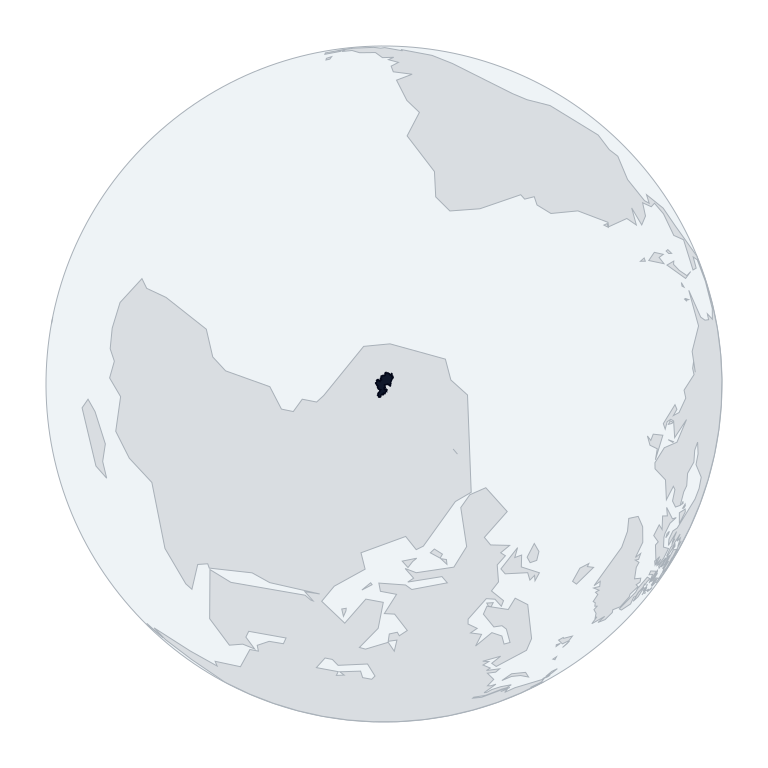 Sikasso on an orthographic globe, rotated 140°
{"feature_id": "MLI-2794", "entity_name": "Sikasso", "entity_type": "Region", "adm_level": 1, "iso_a3": "MLI", "parent_name": "Mali", "parent_adm1": "", "projection": "orthographic", "projection_center": [-6.512, 11.478], "detail": "fine", "context": "on_globe", "style": "filled", "palette": "ink", "viewbox_px": 768, "rotation_deg": 140, "n_neighbors": 0, "source": "natural_earth", "source_scale": "10m", "svg_char_len": 12512}
<svg xmlns="http://www.w3.org/2000/svg" viewBox="0 0 768 768"><g transform="rotate(140 384 384)"><circle cx="384" cy="384" r="338" fill="#eef3f6" stroke="#a8b0b8"/><path d="M288.7,59.8L287.9,60.1L257.1,72.8L263.5,70.6L256.0,75.5L260.6,75.2L253.6,78.7L263.4,75.6L268.9,72.6L275.1,70.6L278.3,70.4L269.9,74.4L267.1,75.1L266.3,76.3L260.7,78.5L265.3,77.3L254.7,82.9L269.9,77.5L265.4,82.0L257.1,85.7L251.9,85.2L219.8,95.9L209.8,101.4L200.9,108.7L196.8,121.7L188.3,128.6L181.1,137.9L188.5,133.6L196.8,125.0L208.9,120.4L217.5,111.5L223.7,108.7L235.1,100.6L239.8,102.4L238.2,108.9L229.0,116.1L228.1,119.6L242.1,113.8L230.0,129.6L230.9,144.8L227.1,149.5L210.2,155.0L197.0,151.1L175.1,162.3L195.8,156.1L185.9,169.5L187.0,172.6L191.3,173.1L197.6,168.7L195.5,174.1L174.4,181.1L175.9,176.3L182.6,173.8L176.3,172.5L161.9,179.2L158.1,186.4L140.5,191.9L137.5,197.6L132.1,202.5L138.0,192.9L127.0,210.9L105.7,226.3L90.3,259.9L98.4,231.7L97.1,226.6L94.0,224.6L91.2,229.9L90.8,222.6L84.0,230.8L71.8,256.1L64.2,277.8L65.5,282.5L70.4,272.1L74.0,272.7L61.8,301.9L66.5,311.5L60.5,334.7L60.6,348.6L65.3,348.0L69.4,356.6L75.7,344.6L84.3,340.2L81.1,359.7L88.5,343.6L91.6,354.7L110.8,360.0L108.5,363.9L124.2,392.0L146.5,407.3L151.7,422.8L148.5,430.9L157.4,435.2L157.6,441.1L197.9,456.6L222.3,474.2L224.1,494.1L208.8,514.3L206.8,559.2L182.3,569.3L184.2,586.5L179.1,608.7L163.3,603.2L176.2,617.2L174.2,622.9L166.2,621.1L172.1,629.6L166.5,628.0L175.4,635.0L177.5,643.4L189.7,653.4L194.1,660.0L202.4,665.7L199.9,664.7L200.3,665.7L204.0,668.4L191.7,661.0L175.5,648.5L170.7,643.4L167.2,641.2L155.6,627.3L156.0,629.3L136.0,604.9L125.6,585.6L99.0,524.0L91.8,510.0L77.8,490.5L59.9,437.0L60.8,418.7L58.5,408.2L66.0,384.0L66.6,357.0L64.7,352.0L61.2,360.3L57.1,339.3L59.2,318.1L62.1,281.1L70.8,257.2L81.1,234.1L93.2,211.8L106.9,190.5L122.2,170.3L139.0,151.3L157.1,133.6L176.5,117.3L197.1,102.5L218.7,89.3L241.3,77.7L264.6,67.9L288.7,59.8ZM85.1,271.0L90.8,293.2L83.0,291.9L85.3,289.5L84.8,281.2L82.3,272.3L76.8,273.0L85.1,271.0ZM97.7,255.1L96.4,252.8L98.3,253.7L97.7,255.1ZM231.7,100.3L233.3,100.5L230.3,101.9L231.7,100.3ZM235.1,96.9L230.5,98.5L231.4,97.1L234.2,96.2L235.1,96.9ZM240.5,95.5L233.7,94.6L235.4,92.4L247.5,87.2L240.5,95.5ZM269.3,71.8L263.5,75.0L265.3,72.7L269.3,71.8ZM268.9,71.0L265.6,68.7L275.8,64.7L274.8,65.9L285.5,61.6L292.1,60.6L287.7,62.8L279.8,65.4L288.3,63.2L268.9,71.0ZM277.7,69.6L276.1,69.2L284.8,65.5L289.5,65.8L285.2,66.8L277.7,69.6ZM285.1,61.2L292.4,59.0L299.7,57.5L303.5,56.5L293.1,60.3L285.1,61.2ZM284.9,67.6L291.7,66.1L290.6,67.9L279.8,69.8L284.9,67.6ZM285.0,64.6L289.4,63.1L288.5,63.9L285.0,64.6ZM290.4,74.5L288.3,73.4L292.6,71.3L290.4,74.5ZM294.3,65.5L294.7,64.9L296.1,64.1L300.3,63.7L294.3,65.5ZM299.0,59.3L300.5,59.3L303.6,57.6L309.2,56.9L301.3,59.8L307.1,58.3L308.8,58.1L300.4,60.7L299.0,59.3ZM308.9,61.1L300.7,65.4L303.6,67.5L299.8,69.3L295.8,65.6L308.9,61.1ZM304.6,60.5L306.4,61.2L300.8,62.7L296.1,63.3L304.6,60.5ZM315.9,55.7L309.4,55.9L311.3,55.4L315.9,55.7ZM310.9,61.3L312.8,60.3L311.7,61.2L310.9,61.3ZM315.6,56.9L313.0,56.9L315.3,56.2L315.6,56.9ZM318.8,58.6L316.2,59.8L312.9,60.1L318.8,58.6ZM318.3,57.5L322.0,56.6L313.3,59.4L316.7,57.6L318.3,57.5ZM318.2,56.2L318.7,55.9L319.0,56.3L318.2,56.2ZM332.8,57.4L322.6,60.9L315.3,61.2L326.2,57.7L332.8,57.4ZM216.1,675.3L194.5,663.0L204.9,669.1L202.7,666.3L217.4,674.6L216.1,675.3ZM213.7,668.4L216.7,667.7L220.2,669.5L218.8,670.5L213.7,668.4ZM696.6,255.7L697.8,258.8L708.5,296.8L715.7,328.6L716.9,345.0L704.0,303.9L693.1,275.2L691.6,280.1L675.7,259.7L657.4,266.8L651.9,260.1L649.1,265.3L637.4,260.7L628.0,249.7L622.3,252.4L646.6,281.5L652.5,278.9L653.4,264.2L659.4,275.5L670.3,283.3L668.4,316.3L636.6,353.7L628.8,330.5L580.2,272.9L579.0,265.6L578.6,264.8L577.7,263.4L578.1,275.7L568.2,264.5L599.2,305.3L606.4,324.1L636.2,355.3L634.6,359.6L642.7,365.5L663.1,350.2L664.3,358.3L657.5,398.8L625.1,457.8L626.8,490.9L619.9,520.2L593.9,543.6L590.3,565.0L575.9,574.8L571.1,587.0L556.3,601.5L533.8,616.1L501.7,620.3L504.3,609.8L495.3,590.4L484.9,540.2L497.8,514.8L496.9,495.9L473.2,455.3L478.7,430.7L471.2,421.2L456.4,424.9L447.2,413.5L437.7,413.9L375.4,425.9L353.6,410.9L321.0,363.6L330.2,344.1L327.1,321.9L386.8,245.0L404.9,248.1L458.1,234.5L465.8,236.4L465.4,253.3L510.1,269.5L517.5,254.3L552.1,261.1L571.4,257.6L567.8,226.0L536.2,230.9L524.9,217.2L545.5,200.6L572.2,198.0L568.6,192.8L546.8,183.4L547.9,172.7L538.7,179.5L546.2,184.2L540.6,189.1L533.4,185.3L534.1,181.3L524.6,180.2L523.8,200.9L531.3,207.9L509.6,214.8L520.0,227.5L515.9,234.8L496.7,216.2L494.8,208.7L463.3,191.0L463.4,199.2L493.1,217.0L486.1,216.2L486.4,229.1L480.6,218.7L448.2,198.8L425.2,206.3L404.6,240.0L389.4,244.0L372.7,239.1L371.6,207.1L405.7,202.0L405.8,192.2L391.5,179.6L403.1,179.7L401.4,174.4L413.6,172.6L423.5,158.8L434.7,156.4L431.7,141.2L437.0,138.3L437.3,147.8L443.6,153.8L470.7,149.8L473.9,146.1L469.7,136.9L477.7,137.7L470.2,129.5L482.3,124.4L461.2,124.2L455.7,115.2L459.2,107.6L453.6,105.0L447.8,117.6L449.0,123.0L456.0,127.3L455.8,143.8L448.0,147.6L433.8,131.4L421.2,135.6L415.7,122.6L434.6,94.1L446.0,88.4L479.6,95.5L481.0,100.8L469.6,100.5L486.6,108.2L482.1,104.0L488.8,105.1L485.2,98.1L489.7,98.7L478.5,91.5L483.7,91.5L490.7,96.0L489.8,87.2L498.7,86.3L496.3,84.2L491.2,82.1L505.8,83.2L503.4,81.7L497.7,80.6L489.2,77.1L479.8,71.8L485.4,72.5L489.5,74.4L506.5,80.3L516.6,86.4L518.0,86.3L510.5,81.2L489.8,73.9L482.6,70.6L492.3,73.3L488.2,72.0L486.4,70.7L489.8,70.2L479.0,67.2L451.3,55.3L455.1,54.5L466.9,57.4L453.4,53.3L477.9,59.4L502.0,67.3L525.4,77.1L548.0,88.5L569.6,101.6L590.3,116.3L609.7,132.5L627.9,150.1L644.8,169.1L660.1,189.2L673.9,210.4L686.1,232.6L696.6,255.7ZM372.8,283.1L372.8,289.7L372.8,289.8L372.8,283.1ZM605.3,212.0L618.1,210.2L604.0,193.1L607.8,191.4L601.6,186.6L602.9,192.0L586.5,179.1L589.1,172.8L583.2,165.7L578.6,166.1L576.6,180.1L600.0,198.0L600.6,206.2L605.3,212.0ZM111.5,359.9L113.4,364.4L110.0,363.5L111.5,359.9ZM79.7,299.2L82.0,300.9L82.4,304.5L80.2,304.5L79.7,299.2ZM104.9,310.1L108.7,313.2L103.7,313.3L104.9,310.1ZM92.2,296.2L101.8,308.4L92.3,311.1L86.7,303.8L91.9,304.1L92.2,296.2ZM91.9,265.3L92.8,267.4L91.0,270.6L91.9,265.3ZM99.2,255.9L98.4,255.8L98.9,252.7L99.2,255.9ZM187.1,169.0L188.8,168.7L192.1,170.3L188.5,171.8L187.1,169.0ZM219.6,166.1L215.6,174.9L215.9,169.3L210.0,172.5L203.3,165.5L224.8,151.5L216.3,158.7L219.6,166.1ZM200.3,153.6L202.1,158.7L199.3,153.7L200.3,153.6ZM380.4,150.7L386.9,153.2L385.7,159.3L371.4,165.2L373.0,156.1L380.4,150.7ZM396.4,155.6L386.3,139.5L394.8,136.2L391.7,140.6L398.3,140.0L395.2,147.1L413.2,160.7L413.3,167.2L386.8,172.8L395.4,167.0L388.5,164.5L396.4,155.6ZM345.6,113.4L341.3,108.8L365.2,107.0L366.4,111.6L352.3,117.0L342.5,114.8L345.6,113.4ZM263.2,87.5L260.1,87.7L262.4,86.3L267.0,85.1L263.2,87.5ZM289.1,74.1L279.5,86.2L275.4,86.8L274.8,94.5L263.7,99.2L264.5,93.8L255.4,103.8L251.7,100.8L246.8,107.8L249.7,95.3L246.0,93.8L254.4,93.5L264.7,89.0L268.0,86.7L274.7,79.4L271.8,75.1L281.5,70.9L289.2,69.1L291.4,69.5L284.4,71.9L292.3,70.7L283.8,74.6L289.1,74.1ZM373.4,63.8L364.3,64.1L378.9,66.8L370.5,68.8L372.7,69.0L369.0,72.0L368.2,76.2L363.6,76.8L365.3,78.3L362.8,80.6L363.6,82.9L355.5,85.3L355.9,88.5L351.8,87.8L354.6,93.0L348.9,90.3L345.2,93.8L352.7,94.5L306.9,106.1L292.2,114.6L282.9,123.7L274.4,119.2L277.6,108.4L287.5,96.4L302.9,89.5L296.3,89.2L301.7,86.0L304.7,87.6L303.3,83.5L308.6,81.4L317.3,73.7L312.1,70.2L315.2,67.7L319.9,68.1L319.7,65.5L330.6,64.8L333.0,63.3L346.2,61.5L353.8,64.0L356.0,62.2L366.1,61.4L373.4,63.8ZM336.5,57.0L347.5,58.3L348.3,60.5L325.0,62.8L321.3,64.3L306.4,66.8L305.5,63.9L309.9,63.4L313.9,62.2L312.6,63.5L316.6,61.7L322.8,61.0L327.6,59.5L329.8,60.2L336.5,57.0ZM470.9,229.5L476.1,229.6L483.6,228.0L483.9,236.6L470.9,229.5ZM448.6,216.1L452.9,214.5L457.0,224.9L451.5,225.2L448.6,216.1ZM451.7,205.4L452.8,213.7L449.0,209.4L451.7,205.4ZM440.9,146.3L445.0,144.6L446.8,146.6L446.1,150.1L440.9,146.3ZM414.9,75.6L409.6,74.6L409.9,73.7L401.7,69.8L407.3,68.5L414.4,70.3L414.9,75.6ZM564.4,232.1L561.0,238.8L557.1,236.5L559.1,234.6L564.4,232.1ZM522.1,237.9L533.4,240.4L522.0,240.3L522.1,237.9ZM419.6,73.5L415.6,71.9L420.9,72.3L419.6,73.5ZM410.9,67.4L416.6,67.4L407.0,67.9L410.9,67.4ZM596.0,647.1L595.0,647.9L600.2,643.7L597.9,645.6L596.0,647.1ZM657.4,506.3L630.6,559.8L620.5,562.6L623.1,548.6L636.0,517.2L649.3,505.5L657.0,490.1L657.4,506.3ZM716.4,331.4L719.6,348.8L719.6,353.2L716.4,331.4ZM461.6,66.6L466.8,72.9L474.3,78.0L484.3,81.1L472.5,80.0L460.9,72.1L461.6,66.6ZM452.0,56.3L443.2,54.6L445.4,54.3L447.7,54.7L452.0,56.3ZM447.9,56.0L440.2,56.0L434.2,54.5L441.4,54.7L447.9,56.0ZM430.3,62.9L431.5,64.7L427.2,64.2L430.3,62.9ZM432.4,49.6L432.2,49.5L432.4,49.6Z" fill="#d9dde1" stroke="#a8b0b8" stroke-width="1"/><path d="M395.8,376.7L395.7,376.7L395.6,377.0L395.9,377.3L396.0,377.4L396.2,377.6L396.2,377.8L395.9,378.2L395.9,378.3L396.1,378.8L396.1,379.1L395.8,378.9L395.7,379.0L395.6,379.3L395.1,379.7L395.3,380.0L395.2,380.1L394.8,380.2L394.8,380.3L394.7,380.4L394.7,380.5L394.4,380.5L394.2,380.8L393.9,380.9L393.7,380.8L393.4,380.9L393.2,380.9L392.9,380.9L392.8,381.0L392.7,381.0L392.2,381.0L391.9,381.2L391.7,381.3L391.5,381.5L391.3,381.7L391.2,381.8L390.9,381.9L390.7,381.9L390.6,382.0L390.5,381.9L390.3,381.9L390.4,382.0L390.6,382.1L390.8,382.1L391.0,382.3L391.1,382.7L391.1,382.9L391.0,383.1L391.4,383.4L391.4,383.6L391.4,384.1L391.5,384.3L391.4,384.4L391.2,384.5L391.2,385.2L391.2,385.3L391.0,385.6L390.9,385.8L390.9,386.0L390.7,386.2L390.5,386.3L389.9,386.3L389.8,386.5L389.9,386.8L389.9,387.0L390.0,387.0L390.2,387.5L390.3,387.7L390.2,388.1L390.1,388.3L390.0,388.7L390.0,388.9L390.0,389.0L390.0,389.6L389.8,389.8L389.8,390.1L389.7,390.2L389.4,390.0L389.2,390.1L388.8,390.1L388.1,390.3L387.7,390.5L387.5,390.8L387.5,391.1L387.2,391.0L387.1,391.3L387.0,391.5L386.9,391.6L386.4,391.6L385.9,391.4L385.7,391.3L385.7,391.2L385.6,390.9L385.8,390.9L385.9,390.6L385.8,390.4L385.9,390.2L385.9,389.9L385.7,389.8L385.6,389.7L385.6,389.4L385.6,389.2L385.8,389.1L385.7,388.9L385.6,388.6L385.5,388.4L385.3,388.5L385.2,388.5L384.7,388.6L384.5,388.8L384.4,389.0L384.5,389.1L384.6,389.4L384.4,389.5L383.9,389.4L383.6,389.2L383.4,389.1L383.3,388.9L383.2,388.8L383.0,389.0L383.0,389.4L383.0,389.6L382.9,389.8L383.0,390.1L383.1,390.4L383.1,390.6L382.9,390.7L382.6,390.6L382.4,390.5L382.0,390.7L381.9,390.7L381.5,390.7L381.4,390.7L381.3,390.8L381.2,391.2L381.2,391.3L381.3,391.4L381.4,391.5L381.2,391.8L380.9,391.9L380.7,391.7L380.0,391.3L379.5,391.3L379.2,391.3L379.1,391.2L379.0,390.8L379.0,390.7L378.9,390.7L378.7,390.7L378.5,390.4L378.5,390.2L378.4,390.1L378.2,390.0L377.9,390.2L377.8,390.3L377.6,390.2L377.4,390.1L377.2,390.3L376.9,390.5L377.0,390.6L376.9,390.7L376.7,390.8L376.7,391.0L376.5,391.3L376.4,391.5L376.0,391.6L375.9,391.7L375.7,391.8L375.4,391.7L375.6,391.5L375.6,391.3L375.6,391.2L375.5,390.9L375.4,390.8L375.3,390.7L375.0,390.7L374.8,390.6L374.7,390.6L374.7,390.3L374.6,390.2L374.4,390.2L374.3,390.3L374.2,390.2L373.9,389.9L373.7,389.7L373.6,388.4L373.6,388.2L373.4,388.2L373.5,387.7L373.6,386.9L373.5,386.6L373.4,386.5L373.2,386.5L372.9,386.5L372.7,386.5L372.3,386.8L372.1,386.9L372.1,387.0L371.8,387.0L371.6,387.0L371.4,387.1L371.3,386.9L371.5,386.6L371.7,386.4L371.8,386.2L372.0,386.0L372.0,385.9L372.1,385.6L372.4,385.4L372.5,385.4L372.5,385.1L372.8,385.2L373.0,385.2L373.3,384.9L373.2,384.9L372.9,384.8L373.0,384.7L372.9,384.4L372.6,384.3L372.4,384.3L372.3,384.2L372.6,383.7L372.9,383.0L373.1,382.9L373.5,382.9L374.2,382.6L374.5,382.6L375.0,382.8L375.2,382.6L375.6,382.2L375.8,382.2L376.2,381.8L376.9,381.5L377.9,381.0L378.0,380.9L378.3,380.3L378.4,380.0L378.6,380.0L379.1,379.7L379.4,379.6L379.4,379.4L379.5,379.1L380.0,378.9L380.2,378.5L380.5,378.4L380.6,378.5L380.7,379.2L380.9,379.9L380.9,380.1L380.7,380.5L380.7,380.9L380.9,381.0L381.1,381.1L381.4,381.1L381.5,381.2L381.5,381.7L381.8,381.7L382.1,382.0L382.5,382.1L383.3,382.4L383.8,382.4L383.9,382.5L383.8,382.9L384.1,383.0L384.3,383.0L384.4,382.7L384.6,382.1L384.7,381.8L385.0,381.5L385.0,381.0L385.0,380.8L385.2,380.5L385.5,380.5L385.8,380.6L386.1,380.8L386.1,380.4L386.3,380.3L386.5,380.3L386.9,380.2L387.1,380.2L387.3,379.7L387.2,379.2L386.5,379.1L386.4,379.0L386.2,378.8L385.9,378.5L385.7,378.6L385.7,378.4L385.7,378.2L385.4,377.7L385.7,377.4L386.9,377.2L387.1,377.0L387.1,376.9L387.3,377.1L387.5,377.1L388.4,376.6L389.4,376.1L389.6,376.6L389.8,376.7L389.9,377.0L390.2,377.3L390.4,377.3L390.5,376.9L391.0,376.3L391.2,376.2L391.3,376.2L391.9,376.5L392.2,377.0L392.1,377.4L392.3,377.5L393.8,377.3L394.0,377.2L394.5,376.5L394.8,376.4L394.9,376.7L395.1,376.7L395.7,376.6L395.8,376.7Z" fill="#0f172a" stroke="#020617" stroke-width="1.5"/></g></svg>